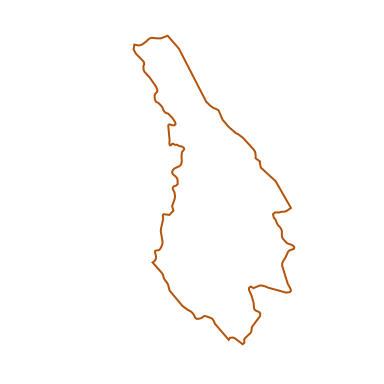 map outline of Taurages (Natural Earth projection), rotated 235°
{"feature_id": "LTU-1073", "entity_name": "Taurages", "entity_type": "County", "adm_level": 1, "iso_a3": "LTU", "parent_name": "Lithuania", "parent_adm1": "", "projection": "natural_earth1", "projection_center": [22.565, 55.372], "detail": "fine", "context": "isolated", "style": "outline", "palette": "amber", "viewbox_px": 384, "rotation_deg": 235, "n_neighbors": 0, "source": "natural_earth", "source_scale": "10m", "svg_char_len": 2884}
<svg xmlns="http://www.w3.org/2000/svg" viewBox="0 0 384 384"><g transform="rotate(235 192 192)"><path d="M178.0,265.2L177.0,264.3L172.4,262.4L153.0,266.7L122.2,263.9L122.2,258.7L122.5,257.2L124.6,253.7L125.3,251.4L126.8,249.6L127.6,248.4L127.3,245.6L124.1,244.3L122.5,244.5L120.8,244.4L119.3,244.1L117.8,243.6L116.1,243.4L112.2,243.9L110.2,243.8L108.2,243.1L104.8,240.6L103.0,239.8L101.1,239.7L96.4,240.3L95.0,240.8L91.7,243.2L89.5,244.2L87.8,244.0L87.0,242.8L88.1,239.0L88.2,237.8L87.9,236.3L85.1,231.7L82.8,226.4L81.7,224.9L80.0,223.6L62.3,217.9L56.5,217.2L54.3,216.4L53.9,214.5L55.7,211.3L69.6,199.8L72.7,197.8L75.2,195.7L76.6,193.7L78.0,187.2L80.9,185.9L80.8,183.9L80.2,183.3L79.2,182.5L73.1,181.4L65.7,178.8L61.9,176.5L60.1,175.8L58.4,176.1L55.2,178.1L53.3,178.3L51.3,176.6L47.5,165.0L46.7,163.2L44.0,160.9L43.0,159.2L41.8,151.4L41.2,150.1L38.5,148.5L38.2,146.2L47.8,143.1L49.1,142.2L50.2,140.6L50.8,139.4L49.9,137.3L70.9,135.2L73.3,135.8L75.8,136.0L77.7,135.4L82.3,132.1L83.3,131.0L83.5,130.0L83.3,128.6L83.4,127.2L84.0,125.5L84.7,124.1L85.4,123.1L86.2,122.7L87.7,122.5L90.0,123.0L92.4,123.0L94.7,122.6L97.9,120.9L104.3,118.8L119.6,117.5L124.1,117.1L129.7,119.2L131.9,119.5L136.4,119.3L138.5,119.8L140.7,120.7L142.9,120.9L156.9,119.3L156.9,121.3L157.2,122.5L158.1,124.2L160.2,125.8L164.1,127.2L164.9,128.1L164.4,129.6L163.6,130.9L163.4,132.2L163.8,133.7L165.3,136.4L166.6,138.1L169.1,139.9L177.6,143.8L179.7,145.5L186.6,153.1L188.5,154.0L189.8,154.9L190.1,156.0L186.2,160.4L187.3,166.0L191.8,167.6L196.0,173.5L198.0,175.5L201.7,177.4L205.6,178.0L206.6,178.8L207.1,180.2L206.4,182.4L206.7,184.8L210.7,187.4L211.7,187.6L214.0,187.5L217.1,186.6L218.6,186.6L219.8,187.2L221.0,189.0L221.3,190.8L221.1,192.8L220.4,196.3L220.5,198.0L221.5,199.8L223.3,201.5L226.9,203.6L230.3,206.5L230.8,207.8L231.1,209.2L231.8,210.3L233.0,210.6L234.9,209.9L235.9,209.1L236.7,208.2L237.3,207.7L238.3,207.3L239.3,206.8L239.8,206.1L240.3,205.3L240.8,204.9L241.7,204.5L242.4,204.1L242.8,203.4L242.7,202.6L242.5,201.8L242.6,201.1L242.9,200.7L243.7,200.8L244.9,201.4L247.2,203.3L259.8,210.5L260.5,211.4L260.2,212.5L257.7,214.4L256.7,215.9L257.0,217.4L259.0,218.3L263.8,218.4L269.1,217.6L270.2,217.2L271.6,216.1L272.4,215.7L274.0,215.5L276.0,215.6L278.5,216.3L281.9,216.0L283.9,215.6L285.2,215.0L286.2,214.3L287.5,214.3L289.3,214.8L292.5,216.6L293.5,218.2L294.2,221.1L295.3,222.1L298.7,223.0L310.4,223.0L317.8,222.0L320.0,222.5L323.0,224.4L323.9,225.9L325.3,226.9L327.0,227.1L337.5,225.4L342.2,225.9L345.8,229.3L342.6,232.4L341.7,234.3L341.4,236.6L341.6,241.0L342.0,243.5L342.0,245.8L341.3,247.6L339.0,250.1L335.9,254.3L333.9,261.7L316.8,263.5L257.8,255.4L252.1,256.5L248.6,257.7L246.3,259.3L243.7,260.6L233.6,258.5L224.2,259.4L214.9,261.7L212.8,263.0L207.2,264.8L191.5,266.9L189.1,266.8L188.1,266.5L184.7,264.7L183.2,263.4L178.0,265.2L178.0,265.2Z" fill="none" stroke="#b45309" stroke-width="2"/></g></svg>